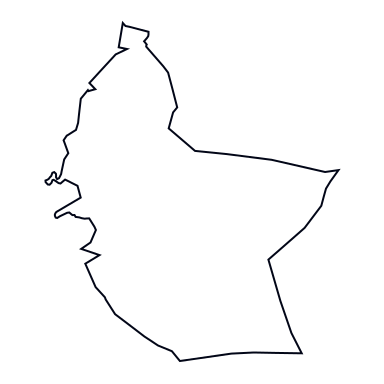 Santiago Huajolotitlán, Oaxaca, Mexico
{"feature_id": "50627088B70096556657252", "entity_name": "Santiago Huajolotitlán", "entity_type": "district", "adm_level": 2, "iso_a3": "MEX", "parent_name": "Mexico", "parent_adm1": "Oaxaca", "projection": "albers", "projection_center": [-97.715, 17.814], "detail": "fine", "context": "isolated", "style": "outline", "palette": "ink", "viewbox_px": 384, "rotation_deg": 0, "n_neighbors": 0, "source": "geoboundaries", "source_scale": "gbopen_adm2", "svg_char_len": 1598}
<svg xmlns="http://www.w3.org/2000/svg" viewBox="0 0 384 384"><path d="M338.5,170.1L325.1,172.0L315.0,169.7L271.6,159.8L226.9,154.1L195.0,150.9L169.9,129.4L168.7,128.4L171.5,118.2L173.1,112.4L177.2,107.4L172.2,88.0L168.1,72.6L163.3,66.3L148.7,49.5L146.2,46.6L146.3,45.8L146.4,45.0L146.7,44.5L144.1,41.3L146.9,38.1L148.2,36.2L148.5,34.4L148.5,31.8L129.4,26.8L125.5,26.0L122.8,23.0L118.7,47.3L127.0,49.0L115.7,54.4L100.3,71.1L89.4,83.0L95.3,89.2L88.5,91.1L87.9,90.1L80.8,98.7L79.1,113.5L78.1,122.9L76.0,129.9L72.8,131.9L66.8,135.7L66.7,135.7L63.6,140.3L64.8,143.5L68.3,153.2L64.2,159.4L61.8,170.5L61.7,170.9L61.1,174.1L60.2,175.9L59.0,178.2L57.1,179.1L56.0,177.1L56.1,175.3L55.9,173.7L54.2,172.1L52.4,172.8L51.2,176.0L49.9,177.3L48.8,178.8L47.5,179.7L45.5,180.5L45.6,182.1L47.8,184.5L49.6,184.7L51.5,182.8L52.5,180.1L53.6,179.8L55.0,180.6L58.6,183.1L60.5,183.5L60.9,183.2L61.3,182.8L64.0,180.5L65.1,179.6L65.7,179.9L69.0,181.5L70.9,182.5L76.3,185.2L77.5,185.8L80.7,197.6L57.1,211.5L55.9,212.4L54.9,214.3L54.9,215.8L55.7,217.6L57.2,218.0L58.4,217.2L60.0,216.2L67.1,212.8L69.3,212.5L70.8,213.8L72.4,215.1L74.5,215.0L75.6,216.9L79.3,217.4L81.8,218.2L84.6,218.7L86.6,218.5L89.2,218.4L94.4,226.7L95.9,230.0L90.5,242.5L81.2,248.9L99.5,255.1L85.3,263.7L95.6,287.1L104.9,297.3L105.7,299.5L115.1,314.2L130.8,326.1L144.4,336.5L154.1,342.9L158.0,345.5L171.9,351.2L179.9,361.0L231.4,353.6L253.8,352.5L274.8,352.9L301.7,353.3L291.4,333.0L280.3,300.7L280.2,300.3L268.4,259.6L284.9,245.2L304.6,227.9L321.3,205.8L323.9,196.1L326.0,188.6L330.4,181.4L338.5,170.1Z" fill="none" stroke="#020617" stroke-width="2"/></svg>